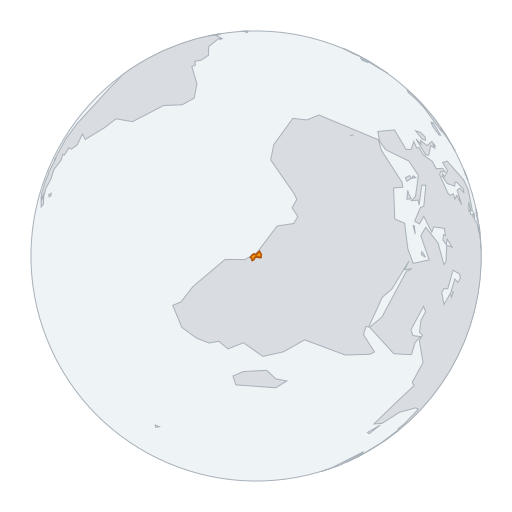 Bengo on an orthographic globe, rotated 68°
{"feature_id": "AGO-1877", "entity_name": "Bengo", "entity_type": "Province", "adm_level": 1, "iso_a3": "AGO", "parent_name": "Angola", "parent_adm1": "", "projection": "orthographic", "projection_center": [13.878, -9.029], "detail": "fine", "context": "on_globe", "style": "filled", "palette": "amber", "viewbox_px": 512, "rotation_deg": 68, "n_neighbors": 0, "source": "natural_earth", "source_scale": "10m", "svg_char_len": 7233}
<svg xmlns="http://www.w3.org/2000/svg" viewBox="0 0 512 512"><g transform="rotate(68 256 256)"><circle cx="256" cy="256" r="225" fill="#eef3f6" stroke="#a8b0b8"/><path d="M136.3,65.2L135.0,66.0L129.7,70.3L126.5,72.8L117.6,78.7L114.6,80.6L136.3,65.2ZM110.8,83.7L111.6,83.1L103.4,90.4L102.8,91.1L104.2,90.1L108.0,86.8L105.6,89.3L95.6,97.9L97.6,95.8L100.8,92.8L99.2,94.3L110.8,83.7ZM35.2,211.1L36.6,205.5L34.2,218.2L37.1,205.4L36.6,210.5L41.5,206.1L40.5,209.3L44.1,221.4L52.1,224.9L53.9,233.7L52.5,240.0L56.2,240.6L56.3,244.5L74.3,246.3L86.5,254.2L88.1,267.9L81.8,285.3L85.2,320.2L76.4,334.3L80.3,348.6L84.0,370.6L77.9,371.2L86.0,380.2L87.8,387.2L85.6,388.9L90.7,395.9L89.3,397.1L94.1,400.8L100.1,411.0L108.0,417.5L114.5,425.5L119.7,429.2L119.1,429.5L120.7,431.5L123.6,433.8L118.1,431.5L107.2,422.9L102.3,417.7L101.4,417.6L89.9,404.4L91.9,407.6L76.6,389.1L66.5,372.8L45.1,327.8L41.7,319.7L38.0,312.2L35.4,301.5L32.4,283.6L30.9,265.4L30.9,247.2L32.3,229.1L35.2,211.1ZM130.0,436.8L120.0,432.8L124.3,434.4L120.4,430.0L128.2,433.7L130.0,436.8ZM121.5,425.3L121.1,422.4L123.1,423.3L123.8,425.6L121.5,425.3ZM476.1,208.0L474.7,202.1L477.6,217.4L480.2,234.0L480.3,235.0L481.2,249.6L480.8,243.8L479.4,228.6L478.2,222.4L475.9,208.8L470.0,187.3L469.4,188.8L467.0,180.9L458.8,162.9L456.6,164.9L454.6,181.5L458.4,201.8L455.9,209.6L442.9,177.5L435.4,157.9L431.7,158.5L417.4,141.0L395.7,136.3L391.7,131.3L387.9,132.9L377.6,127.3L371.2,119.6L365.4,119.5L382.4,140.0L388.5,140.4L392.3,133.7L396.0,141.1L405.7,148.8L398.3,164.8L364.6,177.3L359.8,162.1L326.4,122.2L326.6,118.2L326.4,117.7L325.9,116.9L324.4,123.3L318.1,116.2L337.6,142.5L341.5,154.3L364.1,178.2L362.4,180.4L369.2,185.8L389.3,182.1L389.8,187.2L381.2,210.4L352.0,242.3L355.1,266.5L351.6,287.2L331.7,300.2L331.6,316.9L321.1,322.4L319.2,332.0L309.7,342.0L294.5,351.5L270.6,351.7L270.5,342.8L260.7,325.9L247.6,286.0L255.1,267.8L253.5,254.2L236.1,225.1L240.0,208.9L235.0,202.4L224.8,204.5L218.8,197.0L212.6,197.3L172.4,206.4L159.4,197.8L142.2,170.3L148.9,157.8L148.8,144.9L194.1,99.0L205.1,100.1L242.4,93.0L247.3,94.2L244.4,102.9L273.7,113.5L281.2,105.9L306.2,112.5L321.7,113.0L324.5,96.9L299.0,95.6L293.0,87.9L312.2,82.3L334.3,85.0L332.7,82.2L317.5,75.1L321.2,70.9L312.0,72.4L316.7,75.3L311.1,76.7L306.5,74.2L308.0,72.6L300.9,71.1L295.6,80.2L299.8,84.1L282.1,85.6L287.5,92.5L283.1,95.8L272.6,85.4L272.6,81.7L254.0,72.0L252.4,75.8L269.8,85.6L264.9,84.8L262.9,91.2L260.6,85.8L242.0,75.2L225.2,78.7L206.1,95.9L195.9,98.4L186.2,96.4L190.9,80.4L213.4,76.9L215.3,72.2L208.9,66.8L216.2,66.5L216.4,64.2L224.6,63.1L234.4,57.1L242.6,56.2L244.6,50.1L249.1,49.0L246.6,52.7L249.2,55.2L269.2,54.6L272.5,53.3L272.3,49.7L277.8,50.4L275.0,47.1L285.6,46.2L270.3,44.8L269.5,41.6L274.9,39.6L271.9,38.6L263.1,42.1L262.1,43.8L265.6,45.6L260.4,51.6L253.9,52.9L249.0,46.4L239.2,47.9L239.6,43.2L263.2,35.0L273.9,34.4L295.5,38.5L294.0,39.7L285.5,38.5L295.0,42.0L293.5,40.5L298.1,41.4L298.5,39.6L301.8,40.2L296.6,37.7L300.7,38.3L303.9,39.9L308.1,38.7L316.0,40.2L315.4,39.7L312.5,38.8L324.5,41.9L323.5,41.5L319.2,40.2L314.3,38.7L310.5,37.4L314.9,38.6L316.9,39.1L327.6,42.6L332.2,44.6L333.6,45.0L330.7,43.6L317.6,39.3L315.4,38.7L331.0,43.6L346.2,49.6L361.0,56.7L375.2,64.8L388.7,74.0L401.6,84.1L413.7,95.1L424.9,106.9L435.3,119.6L444.7,133.0L453.1,147.0L460.5,161.6L466.8,176.6L472.0,192.1L476.1,208.0ZM180.3,120.1L179.5,123.8L180.3,120.1ZM359.2,97.4L371.4,99.9L363.3,89.6L367.3,90.0L363.1,86.6L362.6,88.9L351.8,80.3L356.1,78.7L353.3,74.9L349.0,74.0L342.9,78.6L358.3,90.5L356.6,94.0L359.2,97.4ZM41.7,205.8L42.0,207.8L41.0,208.5L41.7,205.8ZM45.0,180.1L45.6,180.3L44.3,182.2L45.0,180.1ZM44.4,178.6L44.5,180.4L42.0,186.0L42.1,185.4L42.7,183.4L43.0,182.6L44.0,179.9L44.4,178.6ZM104.0,89.8L104.7,89.2L105.4,88.8L103.6,90.4L104.0,89.8ZM118.0,80.4L113.7,84.7L115.4,82.4L112.0,85.0L111.3,84.1L124.8,74.0L118.8,78.5L118.0,80.4ZM114.2,81.0L113.1,82.1L113.8,81.3L114.2,81.0ZM208.9,54.6L212.3,55.4L210.0,58.0L199.7,61.1L202.9,57.2L208.9,54.6ZM217.7,56.1L215.6,50.0L221.9,48.4L218.7,50.2L223.1,49.8L219.1,52.7L227.2,58.0L225.7,60.8L207.5,63.8L214.2,61.0L210.5,60.1L217.7,56.1ZM199.3,42.9L198.5,41.9L213.2,39.6L212.3,41.0L201.9,43.6L197.0,43.6L199.3,42.9ZM233.3,31.9L231.7,32.0L228.9,32.5L225.7,32.9L226.0,33.0L223.3,33.5L222.6,33.8L216.7,34.8L215.3,35.4L213.3,35.6L212.5,36.5L210.4,36.4L206.8,37.5L210.7,37.1L180.6,44.9L169.6,49.4L161.5,53.6L159.0,53.6L164.9,50.2L175.0,45.8L194.0,39.4L213.5,34.8L233.3,31.9ZM252.0,90.8L255.6,91.1L261.1,90.6L259.9,94.9L252.0,90.8ZM239.0,83.6L242.2,82.9L243.2,88.1L239.4,88.2L239.0,83.6ZM243.1,78.5L242.3,82.5L240.5,80.3L243.1,78.5ZM249.4,52.2L252.7,51.6L253.4,52.4L251.9,53.8L249.4,52.2ZM258.9,31.3L255.9,31.2L256.7,31.1L253.6,30.8L258.1,30.8L261.8,30.9L258.9,31.3ZM320.7,99.4L316.7,102.2L314.1,100.6L316.0,99.9L320.7,99.4ZM287.2,97.9L295.3,100.1L286.8,99.0L287.2,97.9ZM263.3,31.2L261.5,31.0L264.9,31.2L263.3,31.2ZM261.3,30.8L265.1,30.9L258.3,30.7L261.3,30.8ZM378.1,409.6L377.3,413.1L375.0,412.7L378.1,409.6ZM385.6,287.0L367.9,323.0L358.6,322.3L358.4,311.0L366.0,288.9L377.4,283.6L383.4,274.2L385.6,287.0ZM480.4,276.2L480.8,265.3L477.7,229.5L478.9,231.7L481.3,255.6L481.3,258.5L481.2,261.1L480.4,276.2ZM459.2,204.0L463.2,217.6L461.4,218.8L459.2,204.0ZM299.3,34.9L298.8,35.0L301.2,35.9L307.3,37.5L298.4,35.7L294.6,34.2L298.1,34.7L299.3,34.9Z" fill="#d9dde1" stroke="#a8b0b8" stroke-width="1"/><path d="M254.0,254.2L254.0,253.9L253.9,253.8L254.0,253.8L254.1,253.7L254.1,253.4L254.0,253.2L253.7,252.7L253.6,252.4L253.4,252.2L253.3,251.9L253.1,251.4L252.9,251.1L253.0,251.1L253.3,251.1L253.5,250.9L253.6,251.0L253.7,250.9L253.8,250.8L254.1,250.8L254.3,250.9L254.5,250.9L255.0,250.8L255.0,250.7L255.4,250.7L255.5,250.6L255.8,250.5L256.0,250.5L256.8,250.5L257.0,250.5L257.4,251.0L257.6,251.2L257.7,251.3L257.8,251.4L258.1,251.5L258.3,251.6L259.0,251.5L259.3,251.7L259.2,252.3L259.0,252.7L259.0,252.8L258.9,253.0L259.0,253.2L259.0,253.5L258.9,253.6L258.6,253.5L258.4,253.5L258.2,253.5L257.9,253.5L257.6,253.6L257.5,253.8L257.5,254.0L257.8,254.3L257.9,254.7L257.9,254.8L257.9,255.0L257.7,255.2L257.6,255.3L257.4,255.3L256.9,255.5L257.0,255.8L257.0,256.0L256.9,256.2L256.8,256.3L257.1,256.5L257.2,256.8L257.3,256.9L257.2,257.0L257.1,257.3L257.0,257.6L256.8,258.0L256.8,257.9L257.0,258.0L257.0,258.3L257.3,258.4L257.5,258.4L257.6,258.5L257.8,258.6L258.0,258.6L258.3,258.8L258.5,258.9L258.6,259.0L258.6,258.9L258.7,259.2L258.7,259.5L258.6,259.8L258.6,260.0L258.7,260.4L258.6,260.5L258.7,260.8L258.8,260.9L258.9,261.1L258.8,261.3L258.7,261.4L258.6,261.5L258.3,261.4L258.2,261.3L258.1,261.2L257.7,261.0L257.6,260.9L257.4,260.9L257.2,260.9L257.1,261.0L256.8,261.2L256.6,261.3L256.4,261.4L256.2,261.3L255.9,261.3L255.7,261.2L255.4,261.2L255.3,261.3L255.3,261.2L255.2,261.0L255.1,260.9L254.9,260.8L254.8,260.7L254.7,260.7L254.5,260.8L254.4,260.6L254.3,260.3L254.2,260.2L253.8,259.7L253.9,259.4L253.8,259.2L253.7,259.0L253.4,258.7L253.4,258.4L253.5,258.4L253.4,258.2L253.3,257.7L253.2,257.6L253.3,257.5L253.2,257.4L253.2,257.2L253.3,257.1L253.5,256.8L253.5,256.7L253.8,256.5L254.0,256.5L254.3,256.5L254.5,256.5L254.5,255.8L254.7,255.6L254.8,255.4L255.0,255.3L255.1,255.2L255.0,254.9L255.0,254.7L254.9,254.6L254.7,254.5L254.4,254.4L254.0,254.2L254.0,254.2Z" fill="#f59e0b" stroke="#b45309" stroke-width="1.5"/></g></svg>